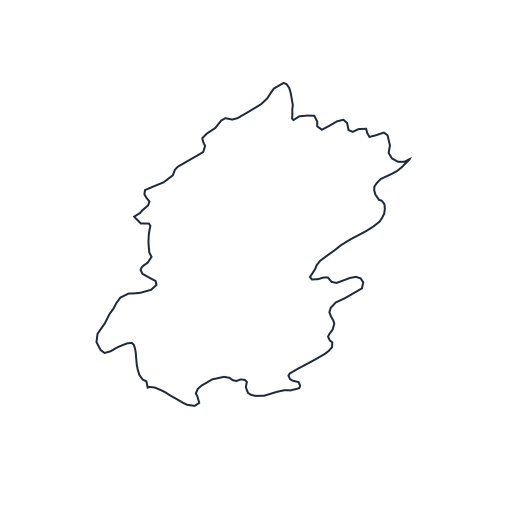 Karma, Gomel, Belarus, rotated 330°
{"feature_id": "67162791B17316516711258", "entity_name": "Karma", "entity_type": "district", "adm_level": 2, "iso_a3": "BLR", "parent_name": "Belarus", "parent_adm1": "Gomel", "projection": "equal_earth", "projection_center": [30.843, 53.121], "detail": "fine", "context": "isolated", "style": "outline", "palette": "slate", "viewbox_px": 512, "rotation_deg": 330, "n_neighbors": 0, "source": "geoboundaries", "source_scale": "gbopen_adm2", "svg_char_len": 2682}
<svg xmlns="http://www.w3.org/2000/svg" viewBox="0 0 512 512"><g transform="rotate(330 256 256)"><path d="M437.6,248.9L431.6,248.6L426.1,245.4L422.5,239.4L422.4,233.1L427.3,227.2L430.3,217.2L428.5,213.1L419.4,211.2L413.8,209.6L413.8,204.9L415.0,200.9L408.4,197.4L401.8,196.8L399.1,193.3L401.4,186.3L399.8,181.7L393.6,179.9L384.3,179.9L376.2,179.6L373.9,174.4L376.2,170.1L376.6,163.7L370.4,159.9L363.4,156.7L356.4,157.0L356.0,155.0L358.3,151.5L360.6,147.4L363.4,143.7L364.3,141.1L365.7,137.3L367.6,132.1L368.8,127.1L368.4,122.5L366.4,119.9L359.8,119.9L355.2,119.9L349.0,122.8L344.7,125.1L336.2,127.1L320.0,127.4L309.1,127.4L303.7,126.0L298.3,121.3L293.6,121.3L284.7,124.8L274.6,125.4L268.4,127.1L267.3,130.6L266.9,135.3L262.2,139.6L251.4,139.6L239.4,139.6L232.8,139.6L228.9,140.8L224.3,144.5L212.7,146.0L204.1,144.8L192.9,143.4L190.2,146.8L190.2,150.9L191.0,155.5L187.9,158.2L180.5,159.6L177.0,160.8L170.2,161.0L170.2,161.3L172.5,170.2L176.5,172.6L179.4,174.3L179.6,177.1L176.2,180.9L173.6,184.3L170.2,189.5L167.9,194.0L165.4,199.5L165.1,204.5L158.8,207.7L155.1,207.9L151.6,208.5L149.1,210.3L148.8,214.8L153.3,222.3L156.5,227.4L155.3,231.3L148.2,232.8L137.3,230.0L132.5,227.8L126.8,224.8L117.9,224.2L111.4,227.0L106.5,230.2L100.2,233.0L91.3,238.8L79.9,244.1L74.8,250.8L74.4,259.8L76.4,264.3L82.4,265.8L90.4,265.8L96.1,266.5L101.0,267.3L105.0,269.2L105.8,272.0L105.0,275.5L103.6,279.4L101.8,283.2L99.8,287.5L98.4,290.5L96.7,295.5L95.5,300.9L96.1,306.5L98.4,309.7L96.4,315.8L98.0,316.0L102.7,319.4L106.5,324.5L109.3,328.7L111.8,333.6L116.3,341.2L119.3,346.5L122.0,350.5L128.1,355.2L133.4,354.8L135.1,348.0L135.1,345.0L139.1,342.0L143.9,341.0L156.7,341.0L159.5,342.0L167.8,344.6L172.1,348.2L173.8,352.0L176.6,354.5L180.9,355.2L184.4,357.7L185.1,360.5L181.6,364.5L180.6,370.6L182.3,373.8L185.6,376.9L193.2,381.1L206.2,384.1L213.7,386.5L218.8,389.7L227.4,392.1L229.4,390.3L229.8,386.5L225.4,382.3L223.9,379.6L224.3,375.8L226.6,374.6L236.5,374.6L254.5,375.2L266.3,375.2L271.4,374.6L276.1,373.1L278.9,369.0L277.7,366.0L278.1,361.8L280.8,360.1L285.6,358.0L289.9,353.8L290.7,350.6L290.7,345.8L291.4,341.4L295.0,338.1L302.0,336.1L311.9,337.0L321.3,337.0L331.5,337.0L335.7,332.5L335.4,327.7L332.1,324.0L326.1,321.9L322.1,321.3L312.3,319.6L308.5,316.2L307.5,310.5L303.7,308.4L298.2,307.1L292.7,304.3L292.2,301.2L297.0,298.8L301.0,296.7L303.7,294.4L309.3,292.2L318.3,291.2L327.1,290.3L335.1,289.1L346.9,288.8L363.5,289.5L372.8,289.1L380.3,288.0L384.1,286.1L388.1,283.5L391.1,279.7L393.1,275.5L392.6,271.0L390.6,268.9L390.1,262.5L391.3,258.0L393.3,255.0L397.4,253.1L402.6,251.7L413.9,252.7L420.7,252.9L426.0,252.1L437.3,249.1L437.6,248.9Z" fill="none" stroke="#1e293b" stroke-width="2"/></g></svg>